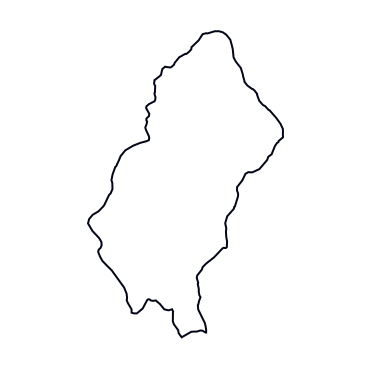 outline of Guatemala, Guatemala, rotated 325°
{"feature_id": "79465075B25759952858694", "entity_name": "Guatemala", "entity_type": "district", "adm_level": 2, "iso_a3": "GTM", "parent_name": "Guatemala", "parent_adm1": "", "projection": "natural_earth1", "projection_center": [-90.482, 14.625], "detail": "fine", "context": "isolated", "style": "outline", "palette": "ink", "viewbox_px": 384, "rotation_deg": 325, "n_neighbors": 0, "source": "geoboundaries", "source_scale": "gbopen_adm2", "svg_char_len": 2485}
<svg xmlns="http://www.w3.org/2000/svg" viewBox="0 0 384 384"><g transform="rotate(325 192 192)"><path d="M132.8,136.1L131.9,138.9L128.5,144.0L124.5,146.5L122.8,146.7L121.9,147.1L113.7,151.8L111.6,152.8L104.4,154.2L97.5,153.7L92.2,155.2L88.8,158.1L88.1,166.8L89.5,176.5L89.1,181.0L87.4,183.8L85.2,185.3L82.6,185.7L80.8,187.2L79.6,192.2L79.1,197.1L80.1,203.6L81.3,210.2L81.6,231.4L80.1,237.8L77.9,241.8L76.5,243.1L75.8,245.9L75.2,253.4L73.3,256.2L74.9,258.2L77.2,259.8L84.7,259.2L93.3,254.8L94.6,254.8L95.7,255.7L95.9,257.0L97.6,258.8L100.2,260.1L100.4,261.2L101.5,265.5L102.0,272.2L104.8,275.4L108.4,276.7L107.9,279.3L107.4,279.6L102.3,286.7L101.3,289.7L101.4,297.2L100.1,300.0L100.2,305.1L110.6,306.0L111.7,306.3L116.1,309.2L119.4,310.2L121.2,311.8L121.6,312.9L122.4,314.7L123.0,315.2L124.3,313.4L125.8,310.5L126.5,308.9L127.4,306.5L129.7,291.8L131.9,288.0L132.6,287.8L135.4,285.2L138.6,283.1L138.8,280.9L140.3,277.6L141.8,275.6L144.1,270.4L145.0,270.0L146.6,265.2L148.3,263.4L155.6,261.2L157.8,259.6L162.8,258.7L172.4,258.2L184.7,255.7L185.7,255.8L187.6,257.3L188.9,257.1L192.4,252.6L194.1,248.8L197.0,244.0L199.2,241.5L201.1,237.0L201.8,236.2L204.3,234.2L206.9,232.1L216.5,229.8L218.1,228.4L218.8,228.5L221.2,226.6L226.8,222.3L228.1,220.9L229.0,219.4L229.7,216.6L231.8,213.8L239.8,211.4L246.2,207.8L249.5,208.0L250.5,208.9L252.7,210.5L260.3,211.9L271.9,208.9L274.7,206.9L278.8,206.8L286.3,201.9L289.7,200.6L291.3,200.7L292.3,199.9L297.9,199.4L299.8,196.5L301.5,194.2L302.6,192.4L303.6,186.9L303.5,179.7L302.4,169.5L301.8,168.7L301.2,163.8L300.0,161.4L299.4,155.9L301.1,149.5L301.6,149.1L301.4,144.6L300.8,142.4L300.3,142.0L298.4,136.4L298.2,131.8L298.7,131.0L300.3,126.4L301.0,125.0L303.1,118.5L302.7,110.5L303.2,105.7L307.2,98.6L308.8,94.6L310.7,89.2L310.3,82.8L308.8,78.8L306.2,75.7L302.9,73.4L295.6,71.0L294.6,70.0L291.2,68.8L284.4,71.6L274.7,73.1L273.2,74.7L270.3,75.4L266.6,75.7L265.8,75.0L258.9,74.3L252.0,76.2L250.3,77.4L246.7,77.8L245.7,77.6L242.7,74.9L241.9,73.9L238.1,74.3L233.8,78.3L231.5,78.6L225.2,78.9L224.9,79.7L223.4,81.0L222.9,82.1L222.7,84.0L218.8,89.1L218.2,89.3L217.4,90.3L216.6,93.2L214.8,95.4L213.4,96.2L207.2,95.3L203.9,95.7L202.6,96.8L201.8,103.5L200.3,105.1L196.8,105.7L195.7,107.1L195.7,108.5L193.3,110.7L190.9,112.2L190.0,114.2L188.7,121.5L187.9,123.3L186.4,124.8L183.9,124.3L177.5,122.0L170.3,120.3L161.4,119.6L154.0,121.7L149.9,124.4L148.4,125.2L144.7,127.4L143.5,127.5L137.1,132.0L132.8,136.1Z" fill="none" stroke="#020617" stroke-width="2"/></g></svg>